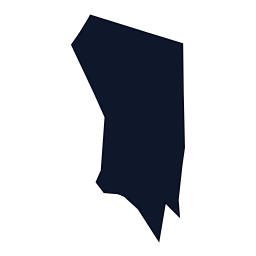 Dobong-gu, Seoul, South Korea (Albers equal-area conic projection)
{"feature_id": "91817680B55050579859044", "entity_name": "Dobong-gu", "entity_type": "district", "adm_level": 2, "iso_a3": "KOR", "parent_name": "South Korea", "parent_adm1": "Seoul", "projection": "albers", "projection_center": [127.034, 37.654], "detail": "fine", "context": "isolated", "style": "filled", "palette": "ink", "viewbox_px": 256, "rotation_deg": 0, "n_neighbors": 0, "source": "geoboundaries", "source_scale": "gbopen_adm2", "svg_char_len": 380}
<svg xmlns="http://www.w3.org/2000/svg" viewBox="0 0 256 256"><path d="M71.8,44.8L93.9,91.7L105.3,117.2L101.5,170.6L96.4,182.1L104.1,192.3L118.1,193.5L124.4,196.1L138.4,208.8L158.8,240.6L165.2,202.4L179.2,216.4L177.9,199.9L181.7,165.5L184.2,147.7L183.0,93.0L182.4,43.9L144.6,32.3L90.4,15.4L89.3,17.7L80.5,32.2L71.8,44.8Z" fill="#0f172a" stroke="#020617" stroke-width="1.5"/></svg>